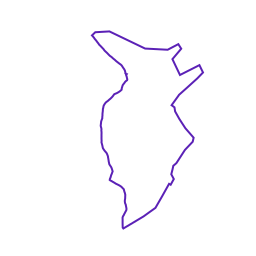 outline of Ravine Chabot, Castries, Saint Lucia, rotated 20°
{"feature_id": "8701671B75024298551322", "entity_name": "Ravine Chabot", "entity_type": "district", "adm_level": 2, "iso_a3": "LCA", "parent_name": "Saint Lucia", "parent_adm1": "Castries", "projection": "albers", "projection_center": [-60.977, 14.0], "detail": "fine", "context": "isolated", "style": "outline", "palette": "violet", "viewbox_px": 256, "rotation_deg": 20, "n_neighbors": 0, "source": "geoboundaries", "source_scale": "gbopen_adm2", "svg_char_len": 3241}
<svg xmlns="http://www.w3.org/2000/svg" viewBox="0 0 256 256"><g transform="rotate(20 128 128)"><path d="M187.5,166.7L188.5,160.3L185.4,157.5L184.5,156.7L184.0,151.7L183.5,148.0L184.7,145.9L185.5,144.4L189.0,129.1L193.5,118.8L193.0,114.7L191.4,113.8L182.0,108.6L176.4,104.4L173.1,101.9L166.6,96.3L164.6,92.7L161.7,91.8L161.2,91.7L161.3,91.2L164.4,80.3L164.6,79.4L169.6,70.1L172.7,64.2L176.1,57.8L179.5,50.2L176.9,47.7L173.6,44.5L167.8,50.7L158.7,60.4L146.2,48.1L150.9,35.3L146.6,32.0L138.5,40.9L116.9,47.5L77.5,43.6L64.5,49.2L62.5,53.3L62.9,53.5L63.4,53.8L65.2,54.8L65.9,55.4L67.1,56.1L68.0,56.6L70.1,58.0L71.3,58.7L72.3,59.5L73.9,60.2L74.7,60.6L76.5,61.5L78.1,62.3L79.2,63.1L80.2,63.6L81.4,64.1L82.8,64.7L83.8,65.2L85.0,65.8L86.3,66.4L87.5,66.7L88.5,67.0L89.6,67.5L90.9,68.0L92.2,68.4L93.3,68.9L94.6,69.4L95.6,69.7L97.1,70.2L98.4,70.6L99.3,70.8L100.5,71.3L101.5,72.0L102.5,72.8L103.5,73.5L104.5,74.2L105.6,75.3L106.3,76.4L106.8,77.1L107.6,78.1L108.4,79.3L109.2,80.2L109.8,81.2L110.7,82.5L110.8,83.4L109.9,84.8L109.5,85.7L109.3,86.6L108.9,87.8L108.4,89.4L108.4,90.5L108.5,91.7L108.5,92.6L108.9,94.2L108.3,95.4L107.7,96.4L106.8,97.6L105.9,98.7L105.0,99.6L104.3,100.2L103.5,101.0L103.0,102.8L102.6,104.0L102.2,104.9L101.4,106.6L101.0,107.2L100.4,108.3L99.9,109.3L99.2,110.3L99.1,110.5L98.4,111.6L98.2,112.3L98.0,112.9L97.8,113.7L97.6,114.8L97.5,115.1L97.6,116.2L97.8,117.4L97.9,118.1L97.9,118.7L98.1,119.3L98.4,120.3L98.6,121.0L98.7,121.4L99.0,122.8L99.3,123.8L99.8,125.2L99.9,125.7L100.0,126.2L100.3,127.1L100.5,127.5L100.5,128.5L100.5,128.8L100.5,130.2L100.6,131.4L101.0,132.7L101.0,132.9L101.2,133.7L101.6,135.3L101.8,135.6L102.2,136.2L103.0,137.3L103.5,138.3L103.9,139.7L104.1,140.1L104.4,140.6L104.9,141.9L105.3,143.1L105.8,144.5L106.2,145.5L106.5,146.5L106.7,146.9L107.0,147.7L107.3,148.5L107.6,149.0L107.8,149.8L107.9,150.4L108.2,150.8L108.6,151.4L109.3,152.4L110.3,153.9L110.8,154.8L111.4,155.6L112.3,156.3L112.7,156.6L113.7,157.3L114.4,157.7L114.7,157.9L115.7,158.4L116.6,159.0L116.9,159.3L117.4,159.8L118.6,161.2L118.8,161.5L119.2,162.1L119.4,162.7L119.8,163.2L120.5,164.5L120.8,165.0L121.1,165.6L121.4,166.2L121.7,166.6L122.3,167.6L122.7,168.2L122.9,168.5L123.4,168.9L124.1,169.4L124.9,170.0L125.8,170.7L126.9,172.0L127.5,172.8L127.8,173.2L128.4,174.0L128.4,174.5L128.4,174.9L128.4,176.9L128.3,178.1L128.4,179.2L128.5,180.5L128.4,182.1L128.6,183.1L129.6,183.4L130.3,183.4L130.6,183.4L131.9,183.8L132.5,183.8L132.9,183.9L134.4,184.2L135.7,184.5L136.8,184.6L137.8,184.7L139.4,184.9L140.4,185.1L141.0,185.3L141.7,185.4L142.9,186.0L143.3,186.2L143.9,186.5L145.0,187.0L145.8,188.2L146.5,189.2L147.1,189.9L147.5,190.4L147.8,191.0L148.1,191.3L148.5,192.3L148.9,193.6L149.4,195.1L149.6,196.1L149.7,196.8L149.9,197.4L150.3,198.5L151.1,199.8L152.1,200.8L152.2,201.1L152.6,201.7L153.2,202.7L154.0,204.0L154.4,205.1L154.5,205.7L154.5,206.1L154.3,207.2L154.1,208.9L154.0,209.5L153.9,210.1L153.8,211.4L153.7,211.9L153.5,212.6L153.5,213.0L153.5,213.9L153.9,215.0L154.0,215.3L154.3,216.0L154.9,217.7L155.6,219.6L156.5,221.9L157.1,223.4L158.0,224.0L167.7,212.1L172.9,205.7L176.9,199.8L181.1,193.7L183.4,180.6L185.7,166.4L187.1,166.6L187.5,166.7ZM107.6,78.1L108.4,77.9L108.3,78.7L107.6,78.1Z" fill="none" stroke="#5b21b6" stroke-width="2"/></g></svg>